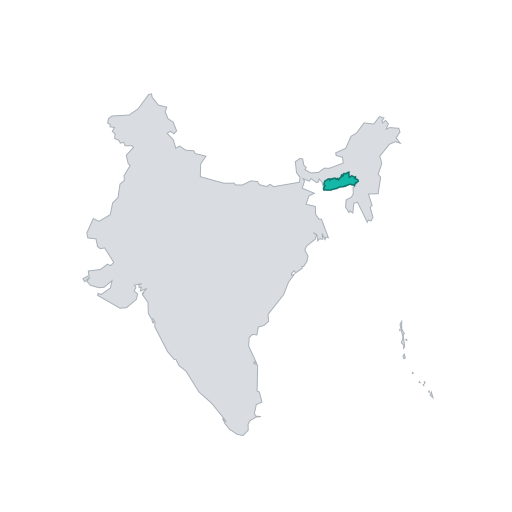 India, with Meghalaya highlighted, rotated 344°
{"feature_id": "IND-2489", "entity_name": "Meghalaya", "entity_type": "State", "adm_level": 1, "iso_a3": "IND", "parent_name": "India", "parent_adm1": "", "projection": "mercator", "projection_center": [91.449, 25.547], "detail": "fine", "context": "in_parent", "style": "filled", "palette": "teal", "viewbox_px": 512, "rotation_deg": 344, "n_neighbors": 0, "source": "natural_earth", "source_scale": "10m", "svg_char_len": 7365}
<svg xmlns="http://www.w3.org/2000/svg" viewBox="0 0 512 512"><g transform="rotate(344 256 256)"><path d="M83.4,230.1L90.0,228.7L90.7,224.2L102.8,226.1L110.9,222.9L113.6,225.2L117.5,223.0L112.8,206.5L108.3,206.0L106.3,203.3L106.9,195.4L99.3,192.3L99.7,187.3L109.9,175.2L114.6,179.4L127.3,176.1L132.8,165.5L139.5,161.7L145.1,149.4L150.2,147.2L151.3,142.5L160.0,134.3L158.6,132.2L159.0,123.4L168.1,117.9L167.1,115.7L160.6,114.0L160.3,110.3L156.7,110.1L156.1,107.0L152.5,104.2L154.2,99.7L152.2,96.6L155.4,93.4L151.3,91.6L152.1,89.3L150.0,87.3L152.0,83.3L156.0,81.7L172.7,85.5L183.2,82.1L197.4,71.1L200.3,71.4L199.9,74.7L203.7,84.0L211.3,88.3L208.4,92.5L209.3,99.8L213.2,104.4L214.2,113.9L210.7,115.9L208.1,112.5L204.4,113.6L208.5,121.5L208.6,130.3L212.9,129.2L217.5,134.9L225.2,137.7L225.7,140.7L235.4,146.3L228.2,152.2L224.3,164.4L245.4,177.3L255.1,179.9L255.8,182.0L262.4,184.0L271.9,182.4L278.0,184.9L278.9,188.4L285.5,192.2L289.3,191.0L292.0,194.2L318.1,197.1L320.0,192.6L317.9,187.1L319.8,176.2L325.0,174.3L327.6,175.5L327.0,182.0L328.7,184.7L326.9,186.6L331.7,191.3L339.0,192.9L345.9,190.4L350.5,191.9L365.4,190.8L366.4,185.0L360.7,181.5L361.1,178.8L371.9,177.2L380.3,167.1L386.3,165.7L396.5,157.9L405.6,161.6L413.2,156.0L417.0,158.7L414.2,161.0L414.4,163.1L417.9,161.4L419.7,165.3L416.1,170.0L419.9,169.4L428.4,172.6L428.6,176.4L423.2,181.1L425.8,187.4L421.4,184.5L415.0,185.4L402.5,194.2L402.5,201.6L396.0,211.1L397.5,214.6L390.6,229.8L381.1,227.4L381.6,239.4L379.2,240.7L379.1,251.0L376.2,254.1L374.0,252.3L372.3,254.2L368.4,232.3L364.6,232.3L360.9,241.4L358.8,238.6L357.3,239.8L355.6,233.7L358.0,227.0L364.0,225.7L366.7,222.9L368.2,216.8L371.0,216.0L366.0,213.0L347.0,213.2L339.8,211.4L339.7,202.9L337.9,199.3L336.5,202.1L334.3,202.0L330.2,196.7L327.9,198.8L322.5,194.7L323.3,197.3L319.1,203.6L329.4,211.8L323.5,212.8L318.4,220.1L326.7,224.7L324.8,232.5L326.7,237.9L329.1,238.7L330.6,258.4L328.3,257.2L326.9,259.2L325.7,252.4L325.0,258.3L321.5,257.0L319.6,258.6L320.4,252.2L317.4,249.2L320.0,252.4L317.5,256.2L307.5,260.3L304.6,263.7L306.0,270.5L303.3,275.4L298.9,279.2L297.4,278.6L297.0,280.6L289.4,283.2L288.6,280.7L285.6,282.3L284.8,284.4L287.8,284.0L279.9,290.3L272.0,300.7L251.4,315.5L250.2,322.2L244.3,325.0L238.7,324.9L235.0,332.1L231.1,330.4L226.9,332.6L224.1,340.5L227.1,359.9L225.3,357.1L224.2,358.4L227.5,361.4L219.8,386.2L221.7,387.6L221.5,398.1L215.3,398.9L210.9,407.2L211.9,410.0L216.5,411.7L211.4,410.8L204.8,412.7L202.1,415.3L200.5,421.3L194.1,425.0L188.7,422.2L182.7,415.1L180.0,408.6L179.0,402.9L181.6,407.5L180.2,402.9L172.9,385.6L163.7,371.0L157.0,347.5L151.9,340.4L150.5,333.3L148.7,332.7L144.6,323.4L139.2,296.3L140.7,291.6L140.3,289.9L138.7,292.2L138.3,290.9L138.4,288.1L140.5,288.4L138.1,287.3L136.7,281.4L139.4,270.8L136.2,261.9L137.5,260.7L136.1,260.8L142.0,257.1L135.2,257.8L137.1,254.3L135.0,254.3L135.3,251.9L138.4,251.0L131.0,250.5L132.0,252.8L129.2,256.2L131.8,259.9L129.0,264.7L117.3,270.0L110.9,268.7L92.9,250.2L93.9,248.4L96.6,250.3L107.2,246.6L110.9,240.0L101.2,244.2L96.1,243.1L89.0,238.7L86.4,233.8L90.7,230.2L84.2,233.5L83.4,230.1ZM374.0,383.5L371.8,379.4L374.8,375.1L375.6,361.4L378.0,359.1L375.9,366.5L377.2,371.3L375.7,372.6L374.0,383.5ZM387.0,435.1L387.1,440.9L385.1,437.7L387.0,435.1ZM371.4,395.3L369.8,395.4L369.6,392.9L371.5,391.2L371.4,395.3ZM381.7,425.7L381.6,427.4L381.2,425.9L381.7,425.7ZM383.6,423.4L382.9,425.6L383.1,423.3L383.6,423.4ZM385.5,433.0L384.8,434.8L384.4,434.1L385.5,433.0ZM375.0,411.9L373.9,412.0L374.5,411.1L375.0,411.9ZM373.6,384.4L372.5,385.3L373.0,383.8L373.6,384.4ZM377.5,377.4L378.0,379.1L376.8,377.8L377.5,377.4ZM378.9,423.0L378.0,422.7L378.4,421.8L378.9,423.0ZM374.1,366.4L373.6,368.2L373.9,366.2L374.1,366.4Z" fill="#d9dde1" stroke="#a8b0b8" stroke-width="1"/><path d="M370.0,215.2L370.0,214.9L369.7,214.8L369.3,214.6L369.1,214.3L368.4,214.2L368.2,214.1L367.9,214.0L367.7,213.8L367.6,213.6L367.4,213.5L367.2,213.5L366.9,213.4L366.6,213.2L366.2,213.0L365.9,212.9L365.5,212.8L365.2,212.9L364.9,213.0L364.3,212.9L363.0,213.1L362.4,213.0L362.2,213.1L362.1,213.3L361.9,213.3L361.8,213.2L361.6,213.2L361.6,213.5L361.2,213.6L360.9,213.6L360.7,213.6L360.5,213.4L360.4,213.2L360.1,213.1L359.8,213.3L359.7,213.4L359.3,213.5L359.2,213.5L358.7,213.4L357.0,212.9L356.4,212.6L356.0,212.7L355.9,212.8L355.2,212.7L353.3,213.0L352.9,213.2L351.5,213.4L351.2,213.3L350.9,213.1L350.7,213.0L350.3,213.2L350.2,213.2L349.7,213.2L349.3,213.0L349.2,213.0L348.7,213.1L347.7,213.0L346.5,213.3L346.1,213.3L345.2,212.9L343.3,212.5L340.7,211.4L340.3,211.4L339.8,211.5L339.6,211.5L339.5,211.3L339.4,210.8L339.4,210.3L339.4,210.0L339.4,209.8L339.5,209.5L339.8,209.4L340.3,209.2L340.5,209.0L340.5,208.9L340.6,208.7L340.6,208.3L340.6,208.2L340.8,207.9L341.2,207.9L341.4,207.9L341.6,207.8L341.7,207.7L341.8,207.6L341.8,207.4L341.7,207.2L341.4,206.9L341.2,206.7L341.1,206.2L341.1,205.9L341.1,205.7L341.3,205.4L341.4,205.1L341.5,205.0L341.5,204.7L341.7,204.4L342.0,204.1L342.2,203.8L342.3,203.6L342.5,203.4L342.8,203.2L343.1,202.8L343.2,202.7L343.4,202.7L344.4,202.5L345.1,202.5L345.3,202.4L345.6,202.3L345.8,202.3L346.0,202.0L346.2,201.9L346.3,201.9L346.5,201.9L347.1,202.0L347.3,202.0L347.5,202.0L347.9,202.1L348.2,202.4L348.3,202.5L348.3,202.8L348.2,203.0L348.1,203.3L348.6,203.0L348.8,202.8L348.8,202.7L349.0,202.5L349.3,202.7L349.3,202.8L349.3,203.0L349.7,202.9L350.0,202.8L350.7,202.6L350.8,202.6L350.9,203.0L351.0,203.1L351.4,202.9L351.5,202.8L352.1,202.8L352.4,202.8L352.7,202.9L353.2,202.9L353.3,202.9L353.4,203.0L353.5,203.1L353.8,203.2L353.9,203.3L354.0,203.5L354.0,203.8L353.9,204.1L354.0,204.3L354.2,204.2L354.3,204.1L354.5,204.1L354.6,204.3L354.8,204.2L355.7,203.8L355.9,203.8L356.0,204.0L355.9,204.4L355.9,204.6L356.0,204.8L356.0,205.3L356.1,205.6L356.4,205.7L356.6,205.6L356.8,205.4L357.3,204.8L357.5,204.5L357.7,204.3L357.9,204.2L358.5,204.0L359.2,203.9L359.9,203.6L359.9,203.4L359.6,203.6L359.4,203.7L359.2,203.6L359.5,203.3L359.6,203.2L359.8,202.8L360.0,202.6L360.2,202.3L360.3,202.1L360.5,201.8L360.6,201.7L360.8,201.6L361.0,201.7L361.2,201.8L361.3,202.1L361.2,202.2L361.2,202.5L361.1,202.8L361.2,203.0L361.4,203.0L361.6,203.0L361.8,202.9L362.0,202.7L362.3,202.3L362.3,202.1L362.4,201.7L362.5,201.5L363.0,201.0L363.4,200.9L363.7,201.1L364.0,201.4L364.2,201.6L364.3,201.6L364.5,201.6L364.9,201.6L365.7,201.4L365.8,201.3L366.0,201.4L366.8,201.2L367.2,201.0L367.4,201.0L368.5,201.0L368.5,201.4L367.6,202.2L367.6,202.3L367.5,202.5L367.6,202.8L367.9,202.9L368.0,203.0L367.8,203.6L367.6,204.1L367.4,204.5L367.4,204.8L367.5,204.9L367.5,205.1L367.5,205.3L367.4,206.1L367.5,206.3L367.7,206.2L367.9,206.0L368.1,205.9L368.6,205.8L369.2,205.7L369.4,205.6L369.5,205.5L369.6,205.4L369.8,205.3L370.0,205.2L370.2,205.3L370.3,205.4L370.6,205.7L371.1,206.1L371.6,206.6L372.5,207.6L372.8,207.5L373.1,207.3L373.2,207.2L373.3,207.2L373.5,207.2L373.5,207.3L373.5,207.6L373.4,207.7L373.2,207.8L373.1,208.1L372.9,208.3L372.7,208.5L372.4,208.7L372.4,208.8L372.7,209.0L372.8,209.1L372.9,209.3L373.0,209.4L373.4,209.5L373.5,209.5L373.8,209.7L374.2,210.1L374.4,210.3L374.5,210.4L374.7,210.6L374.8,210.7L374.9,210.8L374.9,211.0L374.8,211.3L374.8,211.5L374.8,211.8L374.9,212.0L375.0,212.1L375.0,212.3L373.5,212.8L373.1,213.2L372.6,213.3L372.4,213.3L372.1,213.2L372.1,213.3L372.1,213.5L371.9,213.6L371.6,213.7L371.5,213.8L371.2,214.0L370.8,214.3L370.3,214.9L370.0,215.2Z" fill="#14b8a6" stroke="#0f766e" stroke-width="1.5"/></g></svg>